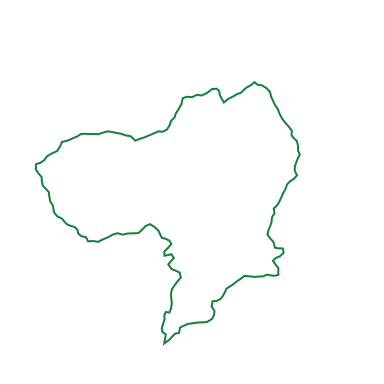 outline of Bias Fortes, Minas Gerais, Brazil, rotated 53°
{"feature_id": "56859067B19952858762068", "entity_name": "Bias Fortes", "entity_type": "district", "adm_level": 2, "iso_a3": "BRA", "parent_name": "Brazil", "parent_adm1": "Minas Gerais", "projection": "orthographic", "projection_center": [-43.766, -21.62], "detail": "fine", "context": "isolated", "style": "outline", "palette": "green", "viewbox_px": 384, "rotation_deg": 53, "n_neighbors": 0, "source": "geoboundaries", "source_scale": "gbopen_adm2", "svg_char_len": 2688}
<svg xmlns="http://www.w3.org/2000/svg" viewBox="0 0 384 384"><g transform="rotate(53 192 192)"><path d="M141.9,75.9L142.1,80.8L141.4,85.6L141.7,89.4L142.3,93.5L141.0,96.6L140.5,101.2L139.4,107.7L139.7,112.7L135.3,112.1L130.9,111.4L127.9,109.5L124.4,110.1L121.9,114.0L122.0,120.0L120.8,126.2L117.4,129.5L116.2,135.1L112.8,138.8L111.5,143.0L115.3,147.4L117.9,153.0L119.5,157.6L122.0,161.2L122.5,165.9L125.1,169.3L127.1,174.7L126.2,179.3L123.3,182.4L122.4,186.4L121.5,190.3L120.4,194.5L119.5,198.0L118.2,201.4L116.9,206.3L110.6,207.4L106.7,211.0L103.3,213.2L99.8,216.4L95.3,220.3L92.5,223.4L91.1,227.2L89.4,231.9L86.2,236.1L83.6,239.6L81.1,242.4L78.9,245.7L78.5,250.7L77.4,254.6L76.7,258.2L75.5,261.8L73.8,265.7L76.2,269.8L78.1,275.1L76.8,281.1L76.2,286.5L77.6,290.5L77.5,295.5L75.9,299.8L80.0,303.2L85.3,303.4L89.6,303.1L92.8,305.3L97.2,307.4L101.9,306.8L105.9,306.4L109.8,308.7L114.3,310.9L119.6,311.4L123.0,313.4L126.1,314.5L130.7,314.1L135.2,311.8L139.1,311.8L143.0,311.1L146.1,309.3L149.3,306.8L153.1,306.1L156.6,307.8L160.7,307.0L164.2,303.9L168.8,304.7L171.8,300.3L175.4,296.8L176.3,291.4L177.7,285.7L178.4,280.6L180.2,276.2L184.3,273.0L186.4,268.5L188.5,265.3L190.5,262.6L192.6,259.5L192.0,253.8L191.2,249.7L192.4,244.9L197.0,243.1L202.4,242.0L206.5,242.9L210.3,243.7L213.5,241.2L217.4,239.3L221.1,239.8L222.2,244.9L222.9,249.9L226.3,252.4L227.9,249.1L229.2,246.0L233.7,246.1L234.5,250.0L235.5,254.5L241.2,254.7L244.9,252.4L249.0,250.4L253.6,252.4L254.8,258.0L256.4,263.2L257.8,267.0L260.8,270.1L264.4,272.6L268.7,275.1L272.6,279.1L274.7,282.6L272.1,285.1L273.8,288.4L276.9,290.2L279.7,294.1L282.6,298.2L286.1,299.9L289.9,298.6L292.6,301.3L296.2,305.3L296.4,299.5L295.8,295.7L294.9,290.9L296.7,287.1L293.0,283.0L293.9,278.9L294.9,274.7L297.6,269.8L300.0,265.5L303.0,261.2L304.8,258.2L305.5,252.6L303.4,248.3L300.5,245.6L295.3,245.3L291.6,241.3L293.9,237.8L294.6,233.2L292.7,227.7L289.9,222.6L290.5,215.7L290.3,209.9L290.7,205.3L290.5,200.7L293.9,196.8L297.6,193.0L300.0,189.0L302.3,185.8L303.0,182.0L305.6,179.7L308.4,176.8L310.2,173.0L304.8,168.9L299.7,168.9L295.6,168.7L295.1,164.6L296.3,160.7L295.6,155.3L291.7,153.5L289.1,156.8L286.3,159.3L280.9,157.0L275.5,157.6L271.4,157.3L268.7,154.1L265.9,149.5L263.9,146.6L260.3,143.3L258.6,138.9L254.4,136.7L253.9,132.4L252.5,128.5L250.3,124.4L248.2,120.8L246.2,116.2L243.2,111.6L242.5,107.4L242.8,102.8L241.9,98.1L236.9,97.2L233.7,94.7L230.8,90.5L228.7,87.0L226.9,83.3L223.0,82.5L218.1,79.1L214.2,77.6L210.4,78.3L206.7,78.5L203.1,75.4L198.1,75.4L192.7,75.8L188.1,75.9L183.1,75.2L177.1,73.5L172.0,73.3L167.5,72.3L163.3,71.4L159.1,69.5L154.3,69.9L149.1,71.8L145.6,75.2L141.9,75.9Z" fill="none" stroke="#15803d" stroke-width="2"/></g></svg>